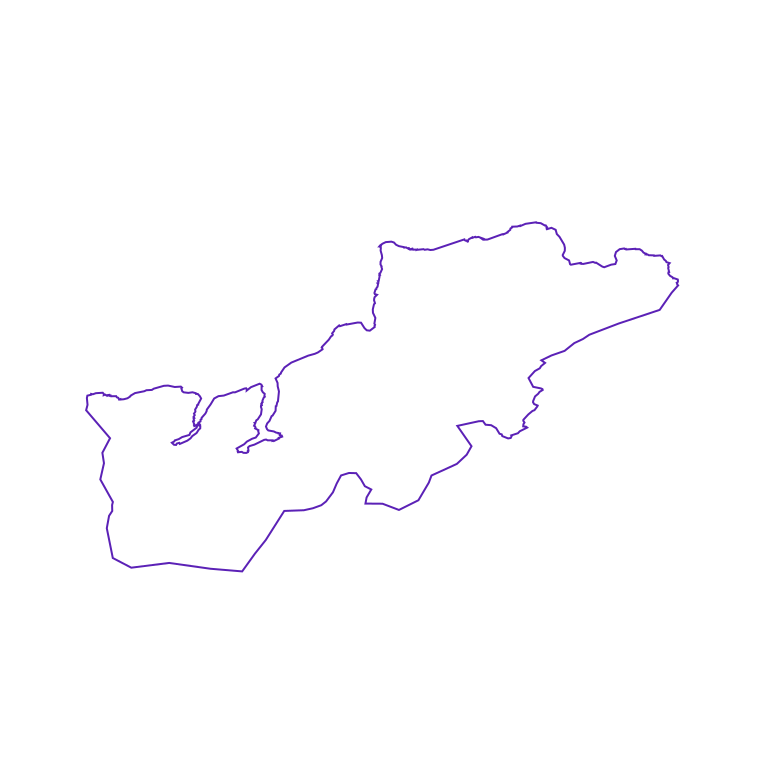 the district of Vik nor, Sogn og Fjordane, Norway, rotated 342°
{"feature_id": "86288312B68620067445368", "entity_name": "Vik nor", "entity_type": "district", "adm_level": 2, "iso_a3": "NOR", "parent_name": "Norway", "parent_adm1": "Sogn og Fjordane", "projection": "natural_earth1", "projection_center": [6.553, 61.028], "detail": "fine", "context": "isolated", "style": "outline", "palette": "violet", "viewbox_px": 768, "rotation_deg": 342, "n_neighbors": 0, "source": "geoboundaries", "source_scale": "gbopen_adm2", "svg_char_len": 6140}
<svg xmlns="http://www.w3.org/2000/svg" viewBox="0 0 768 768"><g transform="rotate(342 384 384)"><path d="M191.2,518.4L208.9,505.4L223.4,495.8L249.9,473.9L268.8,479.3L278.0,480.2L286.9,479.9L292.6,477.8L302.0,471.2L308.3,464.0L314.9,457.7L323.2,457.8L330.0,460.2L332.6,467.6L334.2,475.3L339.3,480.4L332.4,486.5L329.4,492.0L345.6,497.4L359.3,508.4L380.8,505.2L396.2,491.6L400.9,485.7L428.6,482.5L440.8,476.8L448.0,470.2L440.8,446.5L462.7,448.7L466.6,449.8L468.0,454.1L473.2,456.3L477.0,460.7L478.5,467.0L480.4,468.3L480.4,470.1L485.2,474.1L487.8,474.5L489.4,472.9L489.2,472.2L496.2,472.2L498.5,470.9L506.7,469.7L505.9,468.5L503.3,467.3L504.2,465.3L505.7,464.1L505.1,462.0L505.5,461.1L511.9,457.5L516.9,455.5L519.0,455.4L522.9,452.7L523.5,452.0L520.6,449.5L520.1,447.4L520.6,446.3L523.8,442.5L527.7,440.9L529.4,439.6L533.1,438.7L533.1,437.8L531.9,436.7L525.0,432.8L523.3,423.0L531.5,418.3L537.0,417.2L539.0,415.5L543.7,413.7L541.0,410.1L552.1,408.6L566.0,408.3L577.6,403.9L587.1,402.7L594.5,400.6L626.0,399.0L669.1,398.7L685.9,386.0L694.2,381.1L693.7,380.1L693.7,378.2L694.5,378.2L695.4,377.0L695.7,375.4L692.4,372.9L691.6,372.9L691.4,371.7L689.4,369.4L688.5,366.9L689.0,365.7L689.8,365.7L690.1,361.5L690.8,360.8L690.9,358.6L693.0,357.3L690.3,355.4L690.1,354.0L688.9,352.2L688.1,348.2L687.4,348.2L686.6,347.1L680.5,345.6L680.5,345.1L675.5,343.3L674.7,342.2L673.6,342.0L673.6,341.3L672.8,341.3L673.0,340.8L671.4,339.2L670.5,336.9L668.8,334.8L664.9,333.5L664.9,333.1L655.9,330.9L655.8,330.2L654.7,330.0L654.3,329.3L649.8,328.6L645.4,330.2L643.1,333.5L643.5,338.4L641.1,341.4L637.0,340.7L629.5,341.0L627.9,339.8L623.2,334.1L622.4,334.1L620.5,332.5L610.7,331.4L608.8,330.7L608.8,330.0L608.0,330.0L608.0,329.5L598.6,328.3L598.0,327.6L598.2,323.7L594.6,320.0L593.7,317.4L593.8,316.6L597.1,313.2L598.1,310.4L598.4,307.1L596.4,298.3L594.7,294.8L594.9,290.4L591.5,287.2L585.9,287.1L587.2,286.6L586.9,285.7L586.2,285.7L587.5,285.2L586.8,283.1L586.1,283.1L582.8,279.5L578.7,277.7L578.6,277.2L568.1,275.4L562.5,275.9L562.5,275.4L559.5,275.4L554.5,274.0L554.2,274.7L552.3,275.2L551.7,276.4L548.4,277.6L548.4,278.1L543.6,278.6L543.5,278.2L542.4,278.1L527.1,278.6L522.9,277.4L521.7,275.8L522.5,275.8L519.3,273.3L516.7,272.9L516.3,272.2L513.3,272.3L513.3,271.8L509.6,272.5L508.1,273.4L507.9,274.4L507.4,274.4L506.6,272.9L505.9,272.9L504.9,271.8L505.0,271.3L472.5,271.6L469.5,270.9L467.1,269.4L464.1,268.9L463.3,268.0L457.3,266.7L457.2,266.3L456.1,266.5L456.1,266.1L453.1,265.2L453.0,264.5L451.9,264.5L452.2,264.0L450.0,263.9L449.9,262.9L449.2,263.0L449.1,262.3L448.4,262.3L447.2,260.9L445.3,260.5L445.3,260.0L440.8,257.5L438.5,255.3L437.2,252.5L435.0,250.9L429.5,249.6L426.0,250.1L423.5,250.9L423.3,251.8L422.4,251.6L423.2,251.0L422.1,251.7L423.4,252.1L422.8,252.8L423.1,253.5L422.0,256.1L421.8,260.8L421.2,263.6L418.5,266.7L417.6,269.3L418.1,271.3L417.7,271.6L417.7,274.1L414.9,277.2L413.8,277.5L413.9,279.1L413.1,279.1L413.0,280.4L410.8,284.3L410.1,284.3L410.3,285.0L409.8,286.2L409.0,286.2L409.3,286.9L407.9,289.5L406.7,290.2L406.0,291.4L405.2,291.4L403.0,294.5L403.1,295.7L404.9,297.0L401.9,298.5L401.1,299.7L400.4,301.3L400.4,304.4L399.1,305.1L396.4,309.6L395.5,312.9L396.2,318.5L393.5,323.6L393.8,325.0L392.9,325.8L392.8,326.9L387.0,328.9L384.2,327.6L382.7,324.8L381.1,318.6L378.0,317.4L366.7,315.9L366.7,315.4L359.2,315.4L359.9,315.1L359.5,314.4L353.7,316.8L353.0,318.1L350.3,319.8L350.6,321.2L349.9,321.9L348.4,322.3L345.2,324.8L336.5,329.5L336.0,330.1L336.4,330.6L336.3,332.0L330.8,333.6L327.5,333.9L320.7,333.6L302.5,335.0L294.5,337.5L289.6,341.3L289.1,342.2L287.3,342.7L286.6,343.9L282.6,345.2L283.1,350.1L282.2,353.3L281.8,358.6L277.7,367.9L276.8,368.4L274.9,371.7L274.2,371.7L272.6,376.0L268.3,379.6L267.2,379.8L263.7,383.7L260.7,385.4L258.6,388.0L258.8,390.8L259.6,392.4L264.6,395.1L266.4,396.9L268.5,398.0L268.4,398.5L269.9,398.9L269.1,400.5L270.8,401.4L270.9,402.6L267.2,402.7L267.2,403.4L261.7,404.2L261.6,403.8L260.3,403.7L260.5,403.1L255.9,401.6L254.7,400.4L252.8,400.1L242.1,401.6L236.9,401.5L235.1,402.3L234.5,405.6L233.8,405.6L233.5,406.8L231.7,407.0L229.0,406.0L227.8,404.6L224.0,403.8L224.0,403.3L224.7,403.3L223.9,399.8L232.4,398.1L235.8,396.4L241.7,395.3L245.5,395.3L249.7,392.4L249.8,389.8L250.3,389.1L247.7,386.4L248.4,385.7L248.3,384.5L247.5,383.6L249.3,381.7L249.0,381.0L249.8,381.0L251.3,379.1L253.0,378.6L257.6,374.9L259.9,370.2L259.9,367.7L260.4,366.5L261.2,366.5L261.1,365.1L261.8,365.0L262.1,363.9L262.9,363.8L263.3,362.2L265.4,359.8L266.7,359.3L266.5,358.6L267.5,356.5L266.2,354.4L265.7,351.9L266.8,348.6L267.5,348.6L267.2,346.7L265.8,345.3L256.5,345.9L251.4,347.8L251.9,346.6L251.6,345.5L249.8,345.2L239.7,345.9L237.8,345.2L228.1,345.5L222.8,344.4L218.0,345.3L212.7,349.9L207.6,353.6L206.9,355.0L205.0,356.9L200.1,359.8L199.6,361.0L198.5,361.3L197.9,362.9L195.7,363.4L196.5,366.2L195.8,366.7L196.2,367.5L195.5,369.4L193.5,370.3L190.6,372.7L185.5,374.3L183.2,375.9L179.5,377.1L171.3,377.9L171.1,376.7L168.6,376.6L167.4,377.7L165.5,376.9L164.1,374.3L166.9,373.8L167.6,373.0L171.7,373.0L175.6,372.1L183.2,372.3L185.0,370.2L192.4,367.6L192.9,366.5L194.4,365.9L195.0,364.8L194.6,364.5L193.5,364.9L193.6,365.4L190.6,365.4L190.5,364.3L191.2,363.8L190.9,361.7L191.8,360.5L191.2,360.3L192.2,359.1L192.3,357.7L193.1,357.7L192.8,356.3L194.4,355.1L194.1,353.5L196.1,352.0L196.5,349.9L198.8,348.0L199.8,346.3L200.9,346.3L201.1,345.6L205.6,341.3L205.1,338.7L203.8,335.9L202.1,335.3L202.2,334.6L199.3,332.7L195.2,332.0L190.9,330.0L189.9,328.6L189.9,325.6L190.8,325.1L190.0,323.7L184.1,322.2L178.2,318.8L174.1,317.7L163.6,317.3L161.4,317.9L156.1,316.5L153.8,316.8L144.4,315.7L139.3,316.8L138.9,317.4L135.6,318.3L131.9,318.1L128.8,317.4L128.8,316.9L127.3,317.0L127.0,315.0L125.8,314.1L125.5,312.8L120.6,311.3L120.5,310.4L119.4,310.4L119.4,309.7L118.2,309.7L118.6,309.3L116.3,308.9L115.5,307.9L114.0,308.0L114.5,307.0L113.8,305.4L107.1,303.7L103.9,303.8L102.4,302.9L102.0,303.7L98.3,303.4L97.1,305.5L95.6,312.2L92.6,316.9L106.7,350.9L94.9,362.4L93.2,372.8L84.7,387.1L89.7,412.4L88.0,415.1L86.3,420.8L81.8,424.4L75.8,435.5L72.3,465.7L86.9,480.6L124.4,487.8L161.9,506.1L191.2,518.4Z" fill="none" stroke="#5b21b6" stroke-width="2"/></g></svg>